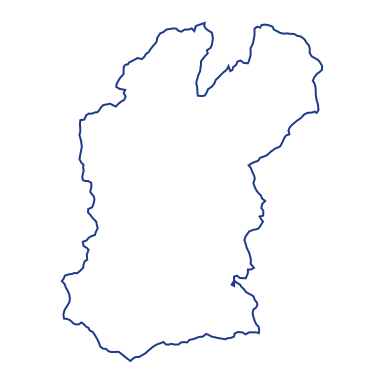 Juquiá, São Paulo, Brazil
{"feature_id": "56859067B43300961500211", "entity_name": "Juquiá", "entity_type": "district", "adm_level": 2, "iso_a3": "BRA", "parent_name": "Brazil", "parent_adm1": "São Paulo", "projection": "robinson", "projection_center": [-47.643, -24.216], "detail": "fine", "context": "isolated", "style": "outline", "palette": "blue", "viewbox_px": 384, "rotation_deg": 0, "n_neighbors": 0, "source": "geoboundaries", "source_scale": "gbopen_adm2", "svg_char_len": 4353}
<svg xmlns="http://www.w3.org/2000/svg" viewBox="0 0 384 384"><path d="M258.9,333.1L259.2,330.0L258.6,326.7L256.4,324.5L254.8,321.3L253.4,316.9L252.6,313.1L253.4,309.5L255.8,307.8L257.3,305.5L257.0,302.7L254.8,300.0L253.7,296.7L251.8,295.2L249.3,294.0L245.8,291.9L244.0,289.2L241.6,287.1L240.0,284.6L237.1,282.9L234.1,280.8L234.0,276.7L237.1,275.7L239.8,278.0L245.8,278.3L247.9,273.2L247.9,269.5L250.9,269.5L253.9,267.9L252.4,265.9L250.7,263.9L250.9,259.5L249.9,255.4L249.0,252.4L247.6,249.7L246.5,247.0L245.8,244.3L244.4,240.2L245.4,236.8L249.0,231.6L252.7,230.0L257.9,228.9L259.7,227.0L261.2,224.5L263.0,221.7L261.3,219.4L259.6,216.5L263.2,215.6L263.3,210.8L261.3,208.0L262.3,203.8L265.2,201.0L262.0,198.4L260.8,195.3L258.7,193.3L256.9,191.2L255.1,187.9L253.4,183.2L254.8,178.7L254.3,176.0L252.6,172.6L250.8,167.9L248.6,165.3L251.6,163.4L254.7,162.0L258.0,160.9L260.1,157.8L262.7,156.9L266.4,155.5L269.1,153.3L270.9,151.5L273.0,150.2L275.1,148.5L278.1,147.5L280.3,146.2L282.3,142.5L284.4,137.7L286.2,135.4L289.4,134.3L288.5,130.5L289.8,127.2L292.6,124.4L296.3,121.2L301.2,117.8L303.9,114.7L307.3,112.9L312.3,112.5L314.6,111.6L316.6,112.9L318.5,110.0L317.9,104.3L316.9,101.1L316.1,97.5L315.8,94.2L315.7,90.8L315.5,87.1L314.3,83.0L312.8,80.8L314.2,77.5L317.0,73.8L319.6,72.0L321.9,69.9L322.2,66.1L320.3,62.8L318.4,60.2L314.5,57.9L311.6,56.3L309.6,52.6L309.8,48.6L308.8,45.2L306.9,43.3L304.5,39.4L300.9,36.5L297.1,35.8L294.3,34.0L290.0,33.8L286.8,33.4L283.9,33.7L279.9,32.8L277.0,31.1L274.0,29.7L272.5,26.7L269.3,25.4L265.4,24.6L261.7,25.0L260.1,27.6L257.2,26.7L254.5,28.7L254.5,35.5L253.7,39.4L253.2,42.4L252.3,44.9L250.5,48.2L250.7,51.2L250.5,55.6L249.1,60.5L247.9,63.3L243.9,63.0L240.6,60.5L237.4,61.6L236.2,64.8L233.2,67.1L232.4,69.9L230.3,71.1L228.5,66.1L226.9,69.5L223.3,72.5L220.9,74.8L218.2,77.7L215.8,79.8L214.4,83.5L212.0,86.5L208.1,89.2L206.5,92.7L205.0,95.4L202.3,96.1L197.8,95.7L197.4,92.3L197.2,87.5L196.2,82.5L197.3,78.9L198.1,75.9L200.2,70.9L200.4,68.1L201.0,64.8L201.0,61.4L202.7,59.0L205.0,56.2L207.7,53.4L206.9,50.3L210.6,47.8L212.0,44.5L212.9,38.0L211.8,32.6L208.1,30.4L205.8,28.6L204.2,25.9L204.7,23.0L200.7,24.3L195.8,26.0L194.3,31.1L191.8,28.4L188.8,29.5L184.7,29.5L181.3,31.7L178.7,30.9L176.3,28.7L173.5,28.4L166.5,29.5L163.4,32.1L160.4,33.2L157.4,37.5L156.5,41.9L153.6,45.4L150.8,48.7L148.6,52.2L146.0,54.0L144.0,57.2L141.8,59.1L137.8,58.0L134.5,59.7L131.8,61.2L129.5,62.1L127.9,64.3L125.4,64.8L123.7,66.8L123.6,69.9L123.6,74.0L120.1,77.9L118.2,81.0L116.6,84.1L116.2,86.9L119.6,88.9L122.0,89.3L125.2,89.9L123.7,93.2L125.7,96.4L124.2,99.9L121.3,101.5L118.9,103.4L115.8,106.5L110.0,103.7L106.5,104.5L103.4,105.0L101.2,107.0L99.3,110.1L97.5,112.2L94.9,112.4L91.7,113.7L88.7,113.6L86.3,115.2L84.3,119.6L80.4,120.1L79.9,124.0L80.2,127.2L80.3,131.6L79.4,134.9L80.2,137.6L81.1,141.3L81.9,146.6L81.0,151.1L79.9,156.5L79.5,159.3L81.3,162.6L83.5,164.8L83.1,167.8L83.7,170.4L83.1,173.0L82.3,176.8L82.8,180.0L85.2,181.0L88.3,181.1L91.2,182.8L91.5,186.1L90.8,189.2L90.2,191.8L92.0,194.3L93.6,196.1L94.5,199.4L93.7,203.3L92.1,207.4L88.2,209.0L88.0,212.3L90.1,214.6L92.6,217.9L96.2,221.7L97.0,225.5L97.7,228.4L96.1,231.3L94.9,235.0L91.6,236.0L88.6,237.9L86.6,240.4L82.8,241.8L83.6,246.0L86.7,247.8L88.6,249.9L86.8,254.5L87.2,259.8L84.8,261.2L83.7,264.0L83.1,267.8L80.0,270.9L77.3,273.2L74.4,273.0L72.0,274.0L68.8,274.3L64.9,275.7L63.5,279.0L61.8,281.1L64.6,284.1L65.8,287.4L67.5,290.4L69.2,294.2L69.9,298.4L69.3,302.3L67.0,306.2L64.6,309.9L63.4,314.6L64.0,318.6L67.4,319.0L70.4,320.4L73.3,323.3L75.6,324.4L78.8,324.4L81.3,322.5L83.3,323.8L86.1,326.6L88.6,328.0L89.7,330.5L92.7,331.9L95.3,335.8L97.4,339.5L99.0,342.8L100.2,346.5L102.8,348.6L106.2,348.9L108.4,351.2L111.2,352.0L114.2,352.0L118.7,351.8L122.0,354.4L125.0,356.8L127.5,358.8L130.5,361.0L132.6,358.9L135.6,357.0L139.2,356.9L142.2,355.2L145.7,353.1L148.0,350.9L150.3,349.0L152.6,347.0L156.7,344.5L160.5,343.2L163.4,342.0L166.0,344.5L168.4,344.6L171.3,343.9L174.6,344.5L178.4,344.5L181.1,342.4L183.9,342.1L187.3,342.4L189.6,339.8L192.7,339.3L196.0,338.1L199.2,336.9L202.6,336.7L206.3,333.9L208.8,335.0L211.4,336.5L216.9,337.8L220.9,338.5L225.2,339.3L227.7,338.2L230.8,337.9L234.0,336.6L234.6,333.6L237.9,332.0L242.8,332.5L245.6,334.4L248.9,332.4L252.6,332.3L255.8,332.3L258.9,333.1ZM234.1,280.8L234.1,285.9L231.7,284.7L234.1,280.8Z" fill="none" stroke="#1e3a8a" stroke-width="2"/></svg>